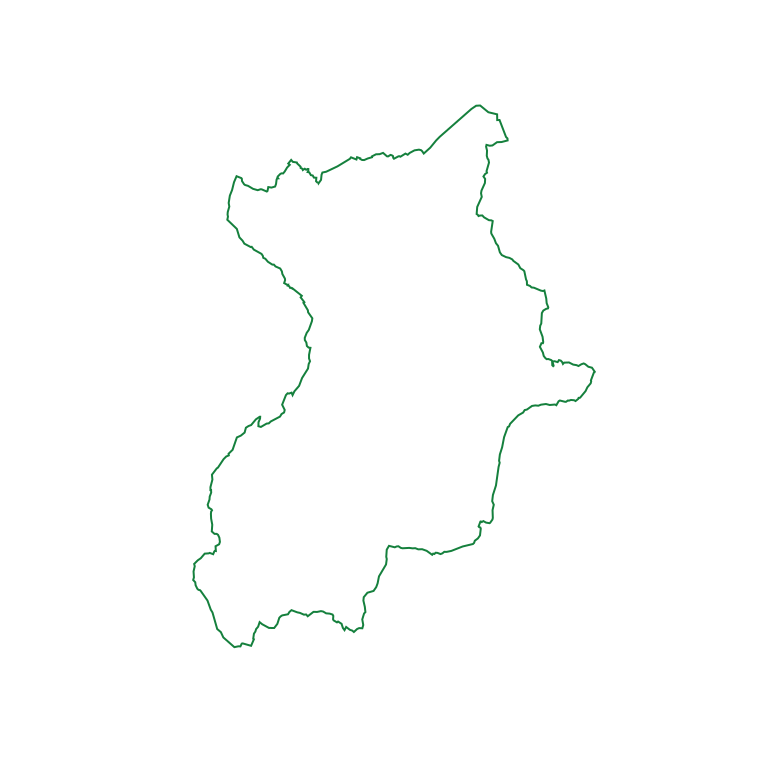 Bogdan Voda, Maramures, Romania (Robinson projection), rotated 106°
{"feature_id": "2599482B91571956331193", "entity_name": "Bogdan Voda", "entity_type": "district", "adm_level": 2, "iso_a3": "ROU", "parent_name": "Romania", "parent_adm1": "Maramures", "projection": "robinson", "projection_center": [24.297, 47.701], "detail": "fine", "context": "isolated", "style": "outline", "palette": "green", "viewbox_px": 768, "rotation_deg": 106, "n_neighbors": 0, "source": "geoboundaries", "source_scale": "gbopen_adm2", "svg_char_len": 6159}
<svg xmlns="http://www.w3.org/2000/svg" viewBox="0 0 768 768"><g transform="rotate(106 384 384)"><path d="M531.0,522.4L533.8,521.6L533.6,521.0L536.0,520.2L540.3,520.5L543.1,519.9L548.7,520.2L551.2,518.5L552.0,515.4L552.8,514.5L554.3,515.0L556.5,514.6L561.0,513.1L566.6,510.3L573.2,508.9L574.8,505.6L574.2,503.5L574.7,502.0L577.1,499.9L581.0,498.2L583.5,498.3L586.4,501.2L590.9,499.6L591.0,500.6L591.9,501.0L594.7,501.3L594.4,505.0L595.1,505.8L596.5,509.6L602.0,512.1L604.8,514.4L609.3,516.9L611.3,515.7L616.7,515.4L622.3,513.4L625.0,513.4L626.6,510.8L629.4,509.6L632.3,507.0L633.0,505.6L632.9,504.1L633.4,503.2L640.8,494.0L648.7,488.3L650.9,485.9L665.5,476.8L667.5,472.4L671.9,468.6L678.2,455.3L676.3,451.7L675.8,449.7L672.8,449.2L672.3,448.3L672.3,439.6L665.2,438.7L664.9,439.5L659.8,440.2L657.4,439.4L654.9,439.4L652.0,438.1L647.2,437.9L648.5,434.9L650.2,427.3L648.8,422.3L644.0,420.4L637.6,420.2L635.9,419.3L634.5,418.1L631.8,412.8L629.2,412.1L626.9,410.6L627.4,404.4L627.2,401.7L627.8,397.4L627.0,395.3L628.3,393.3L622.5,389.0L621.5,385.4L619.7,382.0L619.5,379.8L620.4,376.4L619.7,372.9L619.8,369.9L620.9,368.8L624.2,368.1L625.1,367.3L626.1,363.5L625.0,362.7L626.2,358.7L629.8,356.3L631.5,354.1L628.0,353.4L629.7,349.0L629.8,346.5L630.7,344.6L626.9,342.3L625.5,340.6L624.8,337.5L621.4,337.5L616.3,340.0L610.1,339.9L608.4,339.0L603.5,341.0L597.9,344.1L594.5,344.7L589.2,342.4L585.8,337.0L581.4,335.5L577.4,335.2L570.3,335.8L556.9,332.3L551.5,333.1L549.5,334.2L542.5,335.7L538.2,334.6L538.0,328.6L536.7,327.1L536.0,325.4L536.9,322.7L536.8,320.9L534.6,314.6L534.1,311.2L533.2,308.7L533.5,305.5L532.3,301.8L532.6,297.0L534.9,290.6L533.5,290.0L533.5,288.7L532.0,287.9L531.6,286.1L531.9,282.8L530.7,281.2L528.7,279.8L528.1,277.5L525.9,273.3L518.5,263.6L513.3,254.4L511.9,253.6L509.6,253.5L506.6,251.2L503.1,250.0L496.4,251.1L495.4,251.8L495.4,253.0L494.9,253.8L489.7,253.4L489.4,253.0L489.8,252.0L488.4,250.7L489.1,247.7L488.7,244.2L488.1,243.7L484.4,242.4L482.7,242.5L475.3,244.9L469.8,245.2L466.8,247.7L460.7,248.7L450.7,248.4L432.1,251.0L427.8,251.1L426.1,252.2L419.8,253.2L412.3,253.0L402.0,253.9L391.3,253.2L390.3,252.1L387.5,251.8L377.1,246.3L373.1,242.4L370.3,241.6L369.2,239.6L364.3,235.7L362.9,232.7L362.3,229.6L360.6,227.4L358.6,222.8L358.5,218.9L356.6,214.0L356.9,212.5L352.5,211.4L351.4,210.4L351.2,205.1L350.9,204.1L349.1,202.6L349.1,201.7L347.8,199.9L347.2,196.7L347.6,195.2L344.8,193.2L343.7,193.1L343.4,192.0L342.6,191.5L335.3,188.3L331.1,187.6L326.4,185.5L324.2,185.6L323.6,186.1L315.0,185.4L314.4,184.9L314.4,183.9L314.3,184.6L311.0,188.6L311.1,192.3L309.5,196.0L309.2,197.7L310.6,199.7L313.1,202.0L312.8,204.1L313.2,207.5L312.3,212.1L313.8,216.7L315.4,217.5L313.8,218.8L312.8,220.5L312.8,222.4L315.1,223.1L315.1,226.3L315.7,227.7L316.6,227.9L319.7,226.0L320.2,226.3L319.6,227.4L315.4,228.8L314.9,230.0L314.7,233.0L315.3,234.5L314.5,236.2L313.0,238.2L310.0,239.9L305.3,244.4L301.4,243.9L301.0,242.5L299.8,242.5L294.9,244.6L288.5,249.3L284.9,249.9L282.5,249.5L272.3,251.8L269.5,251.1L267.1,248.9L266.1,247.2L265.0,247.2L261.5,249.9L257.1,251.6L249.9,255.6L250.8,256.8L251.0,258.9L250.1,266.4L250.5,268.8L249.5,270.7L249.2,273.9L245.8,275.0L244.3,276.3L236.9,280.2L236.2,281.3L235.1,284.9L232.1,287.8L230.0,293.6L228.9,295.0L228.2,298.2L228.4,301.6L227.6,306.3L225.5,308.9L219.7,312.5L217.8,315.2L214.0,318.0L209.8,322.3L208.1,323.0L197.4,324.4L197.1,325.9L197.6,328.3L196.2,333.8L194.9,335.9L195.6,338.2L196.5,339.4L195.5,340.5L195.1,341.8L188.1,343.2L177.2,341.6L173.9,343.3L171.2,343.6L163.0,342.4L159.0,343.3L157.1,345.6L154.3,344.7L152.5,343.2L151.2,344.1L142.2,344.1L139.5,345.5L138.8,346.6L136.3,348.1L131.2,349.3L127.7,351.3L125.9,351.4L125.8,348.0L124.8,345.5L120.4,342.0L119.0,337.7L115.8,332.3L113.9,333.0L112.9,334.8L98.4,345.7L99.1,347.9L93.6,349.6L94.0,358.6L89.8,368.3L91.1,372.1L95.4,375.7L130.9,398.5L135.5,401.0L144.1,404.7L151.5,409.3L149.6,411.6L149.0,412.9L149.1,415.0L151.0,419.1L154.8,423.0L157.1,424.4L156.6,426.9L161.0,430.9L160.8,432.0L161.2,432.9L164.7,436.5L164.0,437.5L162.5,438.1L162.0,439.5L162.0,440.9L164.1,442.8L164.3,443.9L162.1,448.6L164.3,451.6L165.4,455.0L168.5,458.3L169.3,458.0L171.7,461.8L174.2,464.8L174.7,466.8L174.2,469.0L173.6,469.1L173.4,472.4L175.8,472.4L175.2,478.2L177.0,478.9L187.6,488.7L195.9,498.1L197.7,501.5L200.1,501.7L205.1,500.8L209.1,502.2L208.6,502.5L208.6,503.8L207.8,505.2L204.4,505.9L204.9,508.3L203.2,510.0L203.4,511.9L201.2,514.1L201.3,515.8L200.0,515.5L198.2,516.0L198.3,516.6L199.5,517.9L198.9,519.5L200.7,521.0L199.6,521.8L199.3,523.7L198.1,524.1L195.9,528.3L195.1,528.8L195.6,532.9L194.2,535.0L198.5,536.8L199.3,535.0L202.6,536.8L207.1,538.0L209.4,539.0L209.7,540.4L210.5,541.5L213.8,543.3L214.7,543.4L215.5,542.4L215.9,543.4L217.1,543.6L221.6,542.9L224.2,543.1L226.2,546.3L226.6,549.5L230.6,549.2L231.3,549.7L230.6,555.2L230.8,556.3L232.5,558.8L232.5,563.7L231.0,569.3L231.0,572.4L230.6,573.5L228.1,576.4L225.8,577.3L225.4,577.9L224.9,583.0L231.4,583.8L239.4,583.5L245.4,584.1L252.8,583.2L256.1,581.6L261.7,581.6L264.2,581.1L266.2,580.1L269.3,579.9L275.5,568.2L282.9,563.4L285.2,559.5L287.6,556.9L289.1,549.9L288.6,549.0L290.7,546.2L292.7,537.6L294.2,535.8L296.0,534.8L296.3,532.6L298.5,529.3L300.0,524.3L299.6,522.7L300.9,520.7L301.6,515.6L303.9,513.2L306.3,512.0L310.0,508.3L311.4,507.7L314.5,507.8L315.3,504.5L315.0,503.6L316.0,503.7L316.1,502.1L317.5,500.7L317.1,499.9L317.6,498.4L317.3,498.3L321.9,487.3L323.7,488.0L327.3,483.1L328.2,483.8L334.1,477.5L336.0,476.7L340.6,471.0L343.5,470.6L352.7,471.2L356.2,472.4L361.5,472.9L363.6,472.2L365.5,470.1L368.7,468.6L369.8,466.5L369.5,464.7L376.6,464.1L380.1,463.1L382.5,461.4L385.5,461.9L390.1,461.3L400.8,464.4L409.2,465.1L415.7,468.1L419.9,468.8L417.8,470.5L419.4,472.7L419.5,474.1L421.7,475.2L432.0,476.2L436.3,472.3L438.9,472.2L441.1,474.2L444.0,475.0L451.2,482.5L453.6,483.9L454.4,485.9L459.2,490.5L459.2,493.1L455.3,494.1L451.5,493.6L449.6,494.0L449.7,494.4L453.3,497.4L460.1,500.4L461.7,502.6L464.1,504.7L469.1,504.6L473.1,507.4L475.9,510.7L489.0,511.4L493.9,514.2L495.4,513.5L497.2,515.7L500.5,517.5L510.2,520.6L511.2,521.5L518.6,524.4L523.2,522.6L531.0,522.4Z" fill="none" stroke="#15803d" stroke-width="2"/></g></svg>